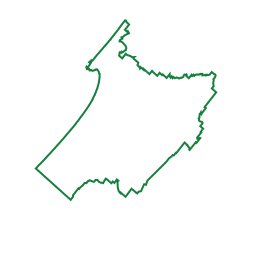 Noosa, Queensland, Australia (Equal Earth projection), rotated 211°
{"feature_id": "25037944B90533392045393", "entity_name": "Noosa", "entity_type": "district", "adm_level": 2, "iso_a3": "AUS", "parent_name": "Australia", "parent_adm1": "Queensland", "projection": "equal_earth", "projection_center": [153.049, -26.318], "detail": "fine", "context": "isolated", "style": "outline", "palette": "green", "viewbox_px": 256, "rotation_deg": 211, "n_neighbors": 0, "source": "geoboundaries", "source_scale": "gbopen_adm2", "svg_char_len": 5550}
<svg xmlns="http://www.w3.org/2000/svg" viewBox="0 0 256 256"><g transform="rotate(211 128 128)"><path d="M70.8,204.0L76.5,205.1L76.1,208.0L78.1,210.3L78.8,212.4L79.3,213.3L79.9,213.8L79.5,216.7L79.8,217.3L79.9,218.1L80.2,218.4L81.2,218.8L81.7,218.5L85.0,219.1L85.5,215.7L88.0,213.5L88.1,213.4L88.3,214.0L91.3,211.4L92.1,212.7L92.7,212.3L93.3,211.7L93.8,211.7L94.0,211.4L93.9,211.0L94.9,210.1L95.3,210.1L95.9,209.5L96.1,209.6L97.2,208.9L97.3,208.3L97.9,207.8L97.8,207.5L98.1,206.7L99.3,207.4L99.8,205.5L100.1,205.6L100.0,205.9L100.1,206.0L100.9,206.4L101.5,202.0L104.8,202.7L105.0,203.8L105.6,204.0L105.7,203.5L107.1,202.9L107.3,201.9L106.9,200.4L107.0,200.1L107.5,199.3L107.8,198.7L108.3,198.7L109.4,197.3L109.6,196.8L110.7,196.8L111.7,196.5L112.0,196.2L112.4,196.3L113.7,194.7L114.0,194.8L114.5,195.0L115.6,195.1L115.6,193.9L117.1,194.7L117.3,193.0L117.6,193.1L118.0,193.5L118.9,193.9L119.3,194.7L119.7,195.0L119.8,195.3L120.0,195.6L120.6,190.8L125.8,191.8L125.9,191.2L126.0,190.8L129.3,191.6L129.8,187.8L136.7,189.1L136.7,189.4L136.8,189.4L137.4,185.2L145.0,186.7L144.6,185.9L148.3,186.6L148.1,186.2L148.3,185.3L148.8,185.9L151.5,186.5L152.3,186.8L152.3,187.5L152.8,189.3L159.1,190.4L159.4,191.4L159.2,192.0L161.0,190.8L162.0,190.8L162.9,191.0L166.2,190.1L168.1,190.5L168.5,187.6L168.4,187.6L168.8,184.7L172.9,185.4L173.0,185.9L173.1,186.6L173.8,187.7L174.1,188.6L174.0,188.8L173.5,188.9L173.2,189.1L172.8,189.1L172.8,189.3L172.6,189.1L172.1,189.4L171.7,189.9L171.6,190.6L171.3,190.8L171.2,191.0L171.0,191.6L170.6,192.5L170.4,193.5L170.2,193.6L170.4,193.8L170.3,194.2L170.4,195.2L170.8,195.9L171.7,196.7L172.0,196.8L172.5,197.2L172.9,197.4L173.9,197.6L174.0,197.6L174.5,197.8L175.3,198.1L175.9,198.2L176.8,198.5L177.6,198.6L178.4,198.5L179.5,198.1L179.8,197.9L180.1,198.3L180.1,199.5L178.8,201.7L179.5,202.6L180.1,202.6L179.3,203.6L178.5,205.9L176.1,209.5L176.4,209.6L176.2,209.8L177.4,210.6L177.5,210.5L178.0,210.8L178.0,210.0L181.2,210.6L180.4,216.9L180.3,217.2L180.5,217.3L180.6,217.2L180.8,217.2L181.6,217.6L183.7,218.0L184.1,218.2L184.7,218.8L184.8,218.7L184.9,218.8L185.2,218.5L185.3,218.6L185.9,218.7L186.5,214.4L187.3,205.4L187.9,201.2L187.9,200.6L187.8,200.4L188.0,200.1L188.6,195.7L188.7,195.2L188.5,194.9L188.7,194.7L189.0,193.3L189.1,193.0L189.2,191.3L189.7,188.9L189.6,188.6L189.7,188.4L189.9,187.9L190.1,186.2L190.3,185.4L190.8,182.0L191.0,181.2L191.4,178.9L192.4,173.1L193.0,168.2L193.3,167.1L193.4,166.9L194.1,167.1L194.0,166.8L193.9,166.6L193.9,166.3L194.1,166.0L194.1,165.9L193.9,165.6L194.0,165.6L194.0,165.4L194.7,165.5L194.8,165.4L194.6,165.1L194.7,164.9L195.0,165.0L195.1,164.5L194.8,164.6L194.5,164.5L194.2,164.4L194.2,164.2L193.7,164.0L193.4,163.8L193.4,162.9L193.5,160.9L193.7,159.7L193.9,159.2L194.1,159.2L194.3,159.0L194.8,159.2L194.7,158.8L195.0,159.0L195.1,158.7L193.5,157.3L193.3,157.5L192.8,157.8L192.8,158.0L192.6,158.0L192.4,158.5L192.0,158.7L191.5,158.5L191.0,158.0L191.0,157.9L190.8,157.7L190.5,157.5L190.3,157.6L190.3,157.8L190.2,157.8L190.0,158.5L189.8,158.7L189.4,158.8L188.9,158.7L187.9,158.7L187.8,158.9L187.3,159.3L186.9,159.9L186.4,160.3L186.3,160.9L186.1,161.2L186.0,161.3L185.5,161.3L185.4,161.8L185.0,162.3L184.9,162.3L184.3,162.2L183.3,161.8L182.6,161.2L182.6,160.9L182.5,161.2L182.2,161.2L180.4,159.6L180.2,159.7L179.1,157.9L178.4,156.6L177.7,155.0L177.4,154.2L176.8,153.1L175.8,150.0L175.0,146.9L174.8,146.6L174.7,145.7L174.3,143.3L174.0,142.4L174.1,142.1L173.7,139.6L173.6,139.4L173.5,139.2L173.6,138.8L173.3,135.3L173.2,134.4L173.0,134.2L173.1,133.9L173.0,130.9L173.1,125.5L173.2,123.8L173.7,116.6L174.2,112.6L174.4,109.6L174.5,108.2L174.8,106.5L175.0,104.7L175.4,101.3L176.4,95.4L176.4,95.0L177.2,90.6L177.8,86.6L177.9,86.0L178.1,84.7L178.4,83.4L178.5,83.1L178.8,81.0L180.0,75.1L180.0,74.8L180.2,74.0L180.2,73.5L180.7,71.5L181.9,65.1L182.1,64.7L182.5,62.5L182.7,61.9L182.7,61.4L182.9,60.5L182.9,60.3L183.1,60.1L183.0,59.9L183.1,59.5L184.1,54.9L184.8,51.8L185.2,50.5L185.3,49.9L185.6,48.7L185.7,48.0L185.9,47.2L185.9,46.9L186.2,45.8L140.1,36.9L139.7,41.0L140.5,42.0L139.4,50.8L138.5,50.7L138.3,52.5L137.7,54.3L137.3,55.1L137.2,55.7L137.2,56.3L136.9,57.5L136.9,58.6L136.7,58.8L135.4,59.2L135.2,59.4L135.2,61.3L135.0,61.7L134.5,62.0L134.3,62.3L134.2,63.2L133.9,63.5L130.3,64.0L129.9,64.1L129.4,64.6L129.2,65.0L129.1,66.8L128.9,66.9L127.4,67.7L125.1,66.9L123.4,67.0L122.3,67.6L121.4,67.7L120.9,67.9L121.0,68.9L121.0,69.8L121.0,70.3L120.9,70.7L121.1,71.2L120.9,71.8L121.0,72.1L120.9,72.5L121.0,73.2L120.8,73.3L113.8,72.1L113.5,74.3L111.4,73.9L111.0,78.2L109.1,77.8L109.6,76.9L106.8,72.7L106.6,72.2L103.5,69.2L102.0,68.5L101.0,68.2L101.1,68.9L94.7,67.8L93.6,77.8L88.7,77.0L88.2,76.7L88.0,76.9L86.4,76.7L86.1,78.9L84.3,80.4L85.2,88.1L84.6,88.4L84.2,88.4L83.3,88.6L84.3,92.8L77.8,118.5L77.2,123.2L76.0,126.2L75.8,127.8L74.6,128.1L74.2,131.4L73.7,131.4L72.9,137.6L72.0,144.7L68.5,144.0L68.5,143.8L68.2,143.9L67.7,143.7L67.3,143.3L66.4,142.9L65.7,142.8L64.9,142.3L64.8,142.1L64.3,141.9L64.3,141.0L63.9,140.9L62.6,150.4L62.6,150.5L62.0,150.2L61.7,150.2L60.9,156.5L61.4,156.4L61.4,156.2L61.4,155.6L61.8,155.3L62.1,155.5L62.4,155.3L62.9,155.4L63.1,154.9L63.0,154.7L62.8,154.9L62.6,154.9L62.6,154.7L63.1,154.6L63.6,155.1L63.8,155.4L62.9,161.9L63.7,162.0L63.2,166.1L67.0,166.8L66.5,170.4L66.8,170.9L67.9,171.4L68.3,171.1L69.4,170.8L70.8,170.9L71.6,172.0L72.4,172.6L72.3,173.1L72.1,173.5L72.4,174.4L73.0,175.1L73.2,175.6L73.3,176.6L73.7,177.1L73.4,177.4L73.4,178.0L73.5,178.8L72.7,178.0L72.3,177.8L72.4,178.2L71.5,185.2L72.3,185.4L73.1,185.4L70.8,204.0Z" fill="none" stroke="#15803d" stroke-width="2"/></g></svg>